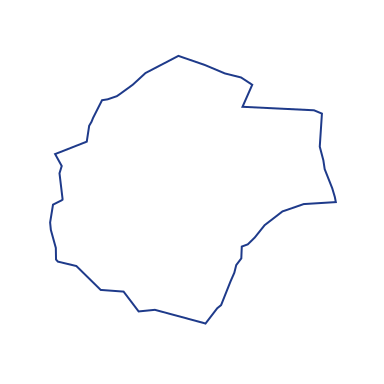 the district of Obi, Benue, Nigeria, rotated 194°
{"feature_id": "59680162B75172896497028", "entity_name": "Obi", "entity_type": "district", "adm_level": 2, "iso_a3": "NGA", "parent_name": "Nigeria", "parent_adm1": "Benue", "projection": "albers", "projection_center": [8.31, 7.01], "detail": "fine", "context": "isolated", "style": "outline", "palette": "blue", "viewbox_px": 384, "rotation_deg": 194, "n_neighbors": 0, "source": "geoboundaries", "source_scale": "gbopen_adm2", "svg_char_len": 839}
<svg xmlns="http://www.w3.org/2000/svg" viewBox="0 0 384 384"><g transform="rotate(194 192 192)"><path d="M84.9,299.5L93.4,300.8L163.6,286.9L159.5,310.6L172.1,315.0L188.8,315.0L210.0,318.3L232.8,320.3L238.1,320.8L265.9,296.2L275.4,281.8L285.9,269.3L288.1,266.8L296.3,261.5L301.5,259.3L305.9,240.0L306.5,235.8L307.8,231.4L306.3,215.4L334.0,195.7L324.7,185.7L325.1,178.1L315.9,153.9L315.8,153.2L316.6,152.3L323.8,146.1L322.3,128.1L319.8,121.1L310.6,104.8L307.6,93.6L305.3,92.0L286.3,92.2L256.9,74.9L234.3,78.8L214.9,63.2L199.5,68.7L148.5,67.7L147.1,67.6L139.4,85.3L136.4,89.3L133.0,114.5L131.4,123.9L131.4,131.8L128.1,139.5L130.5,151.1L125.2,154.7L120.1,163.0L113.5,177.4L99.5,195.1L97.1,196.6L80.7,207.3L50.0,217.0L52.2,221.7L56.8,229.5L68.8,246.3L72.2,254.5L79.0,266.9L84.9,299.5Z" fill="none" stroke="#1e3a8a" stroke-width="2"/></g></svg>